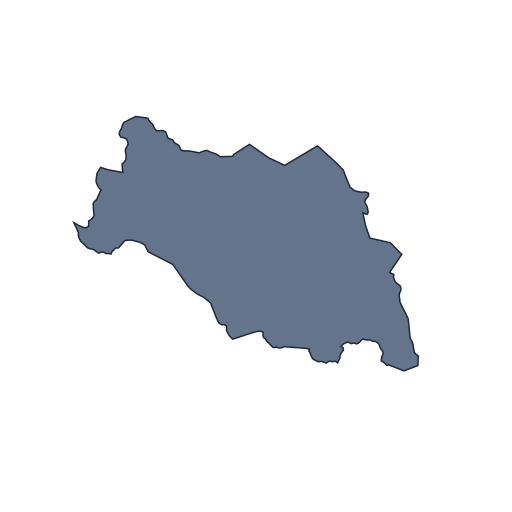 Jacobina do Piauí, Piauí, Brazil, rotated 51°
{"feature_id": "56859067B3034327290943", "entity_name": "Jacobina do Piauí", "entity_type": "district", "adm_level": 2, "iso_a3": "BRA", "parent_name": "Brazil", "parent_adm1": "Piauí", "projection": "mercator", "projection_center": [-41.254, -7.912], "detail": "fine", "context": "isolated", "style": "filled", "palette": "slate", "viewbox_px": 512, "rotation_deg": 51, "n_neighbors": 0, "source": "geoboundaries", "source_scale": "gbopen_adm2", "svg_char_len": 3218}
<svg xmlns="http://www.w3.org/2000/svg" viewBox="0 0 512 512"><g transform="rotate(51 256 256)"><path d="M346.5,141.7L342.7,142.1L330.3,143.2L313.8,156.2L307.2,153.9L301.3,151.7L289.8,145.8L292.1,144.6L293.6,143.2L292.6,141.3L289.7,139.6L287.0,138.4L282.6,137.7L280.9,135.2L280.6,132.9L280.0,130.6L277.9,129.0L275.3,130.5L272.5,134.2L267.6,138.2L261.8,139.6L253.3,137.1L250.6,136.3L244.3,134.1L236.5,134.8L231.9,135.4L229.6,135.7L219.6,137.3L211.4,138.4L209.1,139.1L203.6,176.7L187.5,184.4L165.1,190.8L163.1,209.1L163.8,211.5L158.8,218.0L156.4,221.3L154.5,221.9L151.8,222.7L147.1,225.7L143.1,227.6L141.9,229.6L140.0,235.3L132.8,241.3L131.0,243.3L128.5,246.3L126.5,247.5L123.8,246.9L121.3,246.4L116.6,248.1L113.2,247.7L111.1,249.1L108.9,250.2L105.5,249.0L102.7,248.1L100.2,249.1L98.3,251.5L96.3,254.4L93.3,254.6L90.9,254.1L88.6,253.4L85.6,254.0L83.2,253.8L80.8,253.4L79.3,254.7L71.9,261.7L71.1,265.2L69.0,274.7L70.0,277.0L71.9,279.9L72.8,282.0L73.8,284.1L75.6,285.9L78.5,286.2L81.5,284.1L83.6,283.0L86.2,283.7L88.4,284.9L89.8,287.2L90.5,289.7L92.4,291.7L95.4,293.2L97.8,295.1L99.3,296.7L100.0,299.4L100.2,302.3L107.2,306.9L97.3,315.5L95.4,317.0L89.3,321.1L91.7,327.5L93.4,329.4L95.2,331.3L97.1,333.2L99.2,334.2L103.5,335.2L107.3,335.1L108.3,337.5L110.0,340.8L111.8,344.2L111.9,347.2L112.8,349.7L115.0,351.1L118.7,353.9L122.3,356.1L123.5,358.1L123.8,361.8L123.5,364.1L125.3,365.4L127.6,367.6L127.0,370.7L124.4,372.7L120.1,374.8L115.5,376.6L126.1,379.3L128.6,381.4L131.7,382.4L134.1,383.0L139.9,382.0L142.1,382.0L144.4,381.5L146.4,380.0L148.7,378.2L151.8,377.4L154.8,376.4L155.6,373.8L157.2,372.0L159.7,371.0L161.5,368.9L163.3,367.4L162.0,365.2L161.8,363.2L161.4,360.1L163.2,357.9L161.5,348.2L162.9,345.9L164.4,343.9L166.7,341.6L169.6,339.6L172.0,337.9L174.3,336.7L177.8,335.5L184.8,337.2L210.1,326.0L220.0,326.6L237.0,327.9L240.7,327.5L246.5,326.2L250.7,324.7L254.7,322.7L264.1,320.9L279.1,325.7L284.2,327.0L286.3,326.5L288.0,325.8L289.4,323.9L291.3,322.9L293.3,323.9L295.5,325.9L300.7,326.9L306.0,326.5L312.3,309.7L315.1,303.1L316.5,300.6L318.0,299.3L319.9,298.4L322.4,300.8L324.4,301.4L326.7,300.9L328.9,301.3L331.6,300.8L334.1,300.6L336.0,300.5L337.9,300.2L339.2,298.2L342.1,295.8L343.7,293.5L343.9,291.5L358.8,275.7L362.0,273.0L363.1,274.7L365.3,275.0L369.1,276.2L371.8,276.6L374.6,275.5L377.5,274.1L379.0,271.5L381.3,270.1L383.5,268.7L383.5,266.3L384.5,264.6L386.5,262.8L387.8,260.5L390.5,259.8L389.2,257.7L388.3,255.3L386.1,253.1L384.8,250.2L384.2,247.3L382.2,246.1L379.6,246.7L379.4,244.4L379.7,241.8L380.6,238.7L384.0,237.2L385.4,234.4L387.7,233.1L388.2,231.1L388.0,229.2L387.6,225.2L389.6,223.9L391.5,222.3L393.2,220.0L395.5,219.2L397.3,217.1L400.0,216.0L401.8,216.0L403.7,216.5L405.9,217.3L407.9,217.5L410.1,217.7L412.3,219.0L413.4,221.7L416.2,224.7L418.8,223.8L420.9,223.3L423.2,223.1L424.2,221.4L438.4,213.3L443.0,199.1L435.7,192.8L432.7,193.5L430.2,193.5L428.1,192.2L426.1,191.2L423.8,189.7L421.1,188.7L418.8,188.3L416.9,187.9L400.5,177.2L384.1,173.5L381.9,172.9L379.8,171.3L377.5,170.1L375.1,167.8L374.0,165.2L372.0,163.5L369.9,162.8L367.3,163.4L365.1,163.9L363.1,164.0L360.9,163.2L358.8,162.3L357.1,160.5L354.9,161.6L352.8,162.4L346.5,141.7Z" fill="#64748b" stroke="#1e293b" stroke-width="1.5"/></g></svg>